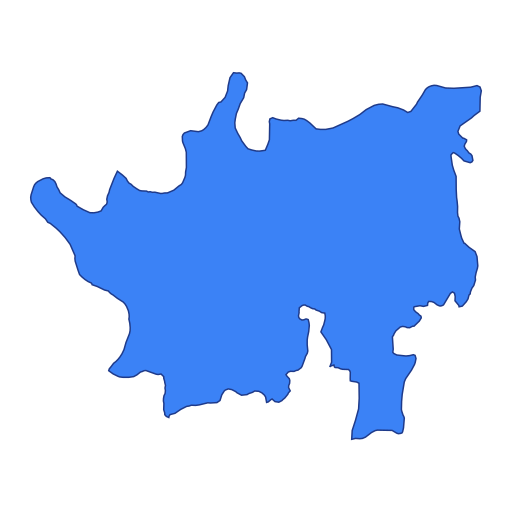 outline of Tukh, Al Qalyubiyah, Egypt
{"feature_id": "37247803B54771061850383", "entity_name": "Tukh", "entity_type": "district", "adm_level": 2, "iso_a3": "EGY", "parent_name": "Egypt", "parent_adm1": "Al Qalyubiyah", "projection": "equal_earth", "projection_center": [31.147, 30.344], "detail": "fine", "context": "isolated", "style": "filled", "palette": "blue", "viewbox_px": 512, "rotation_deg": 0, "n_neighbors": 0, "source": "geoboundaries", "source_scale": "gbopen_adm2", "svg_char_len": 6054}
<svg xmlns="http://www.w3.org/2000/svg" viewBox="0 0 512 512"><path d="M117.4,171.2L114.0,178.5L109.7,189.5L109.0,192.5L107.5,195.8L106.8,199.2L107.2,202.0L106.7,203.9L106.4,204.4L104.9,205.6L103.2,207.3L101.1,210.9L97.9,212.1L93.9,212.8L89.9,212.7L83.2,209.7L77.1,206.2L76.5,204.8L75.7,203.9L70.8,200.5L64.9,196.9L60.1,192.8L58.8,189.9L56.9,186.7L56.1,184.1L54.8,181.5L52.9,179.7L50.8,178.9L50.5,178.2L49.8,177.7L46.2,177.9L43.1,178.8L37.7,181.6L35.9,183.1L34.6,184.7L33.6,186.9L31.1,194.8L30.7,197.3L30.9,200.0L31.4,202.2L34.4,207.0L38.0,211.6L41.2,215.1L45.4,218.8L47.8,222.3L50.3,223.4L56.2,228.2L59.9,231.7L65.1,237.5L70.1,244.3L75.1,255.8L74.9,258.6L75.2,261.2L78.0,270.1L79.6,274.6L82.0,277.0L85.0,279.5L88.2,281.6L91.1,282.9L91.8,283.7L92.1,284.7L97.3,286.5L104.5,290.0L108.4,291.0L109.5,292.4L111.1,293.8L113.1,295.0L117.2,298.2L123.3,302.1L125.1,304.1L126.6,306.5L128.4,310.8L129.1,314.3L129.2,316.8L128.9,319.1L129.8,323.3L130.2,327.6L130.1,330.7L129.5,333.6L126.0,342.5L124.0,349.6L122.0,353.8L120.0,356.9L118.0,359.4L115.8,361.6L113.6,363.3L111.3,366.4L109.3,368.8L108.7,370.7L113.1,373.9L118.0,376.3L119.6,376.9L122.9,377.3L128.8,377.3L133.7,376.6L137.0,374.8L140.5,372.0L142.3,371.5L144.0,370.7L145.9,370.5L156.2,374.2L158.1,374.5L161.0,374.0L163.7,376.6L163.8,378.5L164.6,381.1L164.8,382.6L165.5,385.4L165.0,388.0L165.4,390.6L165.1,393.5L164.0,395.7L163.5,398.5L163.4,401.0L163.9,403.5L163.7,409.6L164.7,412.8L164.8,414.7L166.3,416.4L168.8,417.5L169.0,416.3L170.0,414.6L175.0,413.3L180.7,409.4L186.6,406.4L189.2,406.0L191.3,405.2L195.6,405.4L199.2,404.9L207.8,402.8L210.3,403.0L216.9,402.6L220.0,400.5L221.8,394.8L224.3,390.9L225.4,390.0L228.3,388.9L231.8,389.6L235.7,391.6L236.9,392.7L241.5,395.2L247.1,394.6L248.7,393.6L252.6,392.3L254.7,391.0L258.8,391.3L261.8,392.8L264.3,395.0L265.6,397.0L266.6,402.4L268.3,401.9L270.8,399.7L272.1,399.0L275.0,401.6L278.8,402.2L281.9,400.6L282.6,399.8L284.8,398.0L287.8,394.3L288.4,392.9L290.2,390.9L288.6,387.6L288.7,385.6L289.6,383.3L289.8,380.5L289.3,378.7L286.8,376.0L286.0,374.6L288.3,372.0L290.5,371.3L294.0,371.4L296.1,370.5L298.0,370.1L301.2,367.7L302.1,366.2L305.0,358.3L305.4,356.7L307.3,353.2L307.8,351.0L307.2,344.8L307.2,339.9L307.6,336.9L308.7,331.6L309.3,325.5L309.0,322.8L308.2,319.6L306.5,319.0L305.8,319.0L303.9,319.8L301.9,320.0L299.7,318.8L298.7,317.3L298.5,315.6L299.1,312.7L299.0,311.8L299.3,307.8L301.9,305.7L303.3,305.1L305.2,305.0L307.1,306.2L309.0,306.7L310.5,307.7L312.7,308.7L314.7,308.9L316.0,310.0L319.5,311.2L321.6,312.6L324.8,313.1L325.3,315.9L325.2,318.8L324.7,321.0L323.7,324.9L322.6,327.3L320.9,331.9L326.3,339.7L331.5,349.6L331.6,362.2L330.0,366.4L330.3,366.5L330.9,366.0L333.9,365.0L334.4,366.9L335.1,367.5L338.1,367.7L340.5,368.8L342.6,369.3L348.5,369.5L349.7,370.7L350.3,372.2L350.2,378.7L350.3,380.8L351.9,381.3L356.6,382.0L359.0,383.2L359.2,398.4L358.6,408.9L355.4,420.6L352.2,430.5L351.7,439.3L355.5,438.4L359.8,438.7L362.5,438.4L365.5,437.1L371.5,432.5L375.2,430.6L377.4,430.1L392.1,430.4L396.8,433.2L398.4,433.7L400.6,433.4L402.0,432.9L402.6,431.8L403.5,427.9L404.3,418.1L403.8,416.5L403.0,415.0L401.7,411.0L401.4,409.4L401.6,401.4L402.2,394.4L404.3,381.9L405.7,378.6L411.5,370.1L414.5,364.5L415.2,362.5L416.0,358.5L415.1,355.4L413.4,354.7L409.7,355.6L406.0,356.0L396.8,355.0L393.8,353.5L392.8,352.3L393.2,349.2L392.4,336.8L393.5,335.3L394.1,333.7L395.9,330.8L400.3,327.0L402.6,326.4L405.4,326.8L407.1,327.6L409.7,327.7L412.6,326.2L414.0,326.2L419.3,321.1L421.2,318.0L421.2,317.1L420.8,316.0L419.4,315.1L418.2,313.7L415.6,311.8L413.7,309.6L413.8,307.2L414.4,306.7L420.0,305.7L423.5,306.4L427.5,305.4L427.8,302.8L428.8,301.4L431.8,301.6L434.1,302.5L437.0,304.8L439.5,305.9L440.8,306.0L442.9,305.3L443.7,304.6L450.3,293.5L452.4,291.9L454.5,293.2L455.2,296.6L455.0,300.8L458.8,305.4L459.1,306.8L462.3,306.1L466.2,301.8L468.0,298.9L469.0,295.0L470.2,293.9L470.4,292.0L471.9,288.2L473.8,285.5L475.5,280.0L475.2,277.1L476.1,272.6L477.4,268.3L477.8,265.9L477.0,256.6L475.1,251.6L469.0,247.3L464.7,243.3L464.0,243.2L461.7,238.2L460.9,235.4L459.3,229.0L459.8,221.7L459.0,218.2L457.9,216.1L457.5,212.4L457.6,206.5L457.1,201.1L456.6,197.5L456.2,189.4L456.1,176.4L453.7,170.0L452.3,165.2L451.0,156.2L451.0,154.9L452.1,153.6L453.2,152.6L454.4,152.9L458.2,155.5L461.3,158.1L464.0,160.9L470.2,162.7L471.9,161.9L472.9,160.4L472.0,155.7L470.8,154.1L468.9,152.9L467.2,150.6L466.0,149.5L465.1,148.2L464.2,146.2L464.9,144.0L466.4,141.6L466.6,140.7L466.6,139.8L463.7,138.2L462.7,138.1L458.8,134.2L457.9,131.4L460.1,125.9L471.5,117.9L474.1,115.5L479.9,111.2L480.2,97.2L481.3,90.8L480.0,87.0L477.0,85.6L470.7,87.2L453.9,88.3L445.6,88.0L436.7,85.5L434.1,85.3L431.5,85.8L429.1,86.7L427.3,87.8L425.5,89.5L422.2,95.2L417.5,102.1L416.6,104.1L410.9,111.4L407.7,112.5L403.6,110.0L397.8,107.8L392.6,106.7L382.7,104.0L378.6,104.3L374.2,105.4L366.2,109.6L359.9,114.5L353.0,118.6L348.1,121.2L333.0,128.0L325.8,129.4L320.4,129.4L316.1,128.9L310.0,123.1L306.7,120.6L304.3,119.2L302.1,118.6L298.6,118.2L296.1,120.3L293.1,120.3L290.2,120.8L287.8,120.3L284.0,120.5L281.1,120.2L276.1,119.0L272.7,117.7L269.9,118.9L269.3,121.7L269.7,123.8L269.4,139.8L267.8,144.4L265.3,150.3L259.6,151.1L256.3,151.0L251.8,150.0L248.0,148.8L245.8,146.4L241.7,140.8L240.2,137.6L237.7,133.3L235.2,128.0L234.8,122.8L235.3,119.0L236.4,113.5L238.3,109.0L240.2,103.6L243.7,97.7L244.6,93.1L246.6,89.6L247.5,82.9L245.7,80.0L244.4,76.7L241.1,73.3L239.2,72.9L236.6,73.1L233.5,72.7L230.0,77.7L228.2,85.6L227.6,91.0L225.1,97.4L220.9,102.0L218.7,102.5L216.8,105.0L213.1,112.0L211.1,116.7L208.0,124.9L206.0,127.5L203.7,129.6L201.7,130.8L198.4,131.7L190.6,130.7L184.4,133.0L183.0,134.6L182.3,136.5L182.5,141.0L182.9,142.6L185.4,148.7L186.3,152.3L186.4,167.5L185.6,172.0L185.5,175.2L184.9,177.4L182.6,182.8L181.3,184.5L179.0,185.9L173.8,190.2L167.5,192.9L164.3,193.0L162.5,193.4L160.7,193.5L154.9,192.2L152.3,192.3L150.1,191.7L148.3,192.0L146.5,191.1L141.7,190.9L139.6,190.5L136.6,188.7L133.1,186.3L131.1,184.3L129.0,183.1L127.4,181.0L126.1,178.4L122.5,175.1L117.4,171.2Z" fill="#3b82f6" stroke="#1e3a8a" stroke-width="1.5"/></svg>